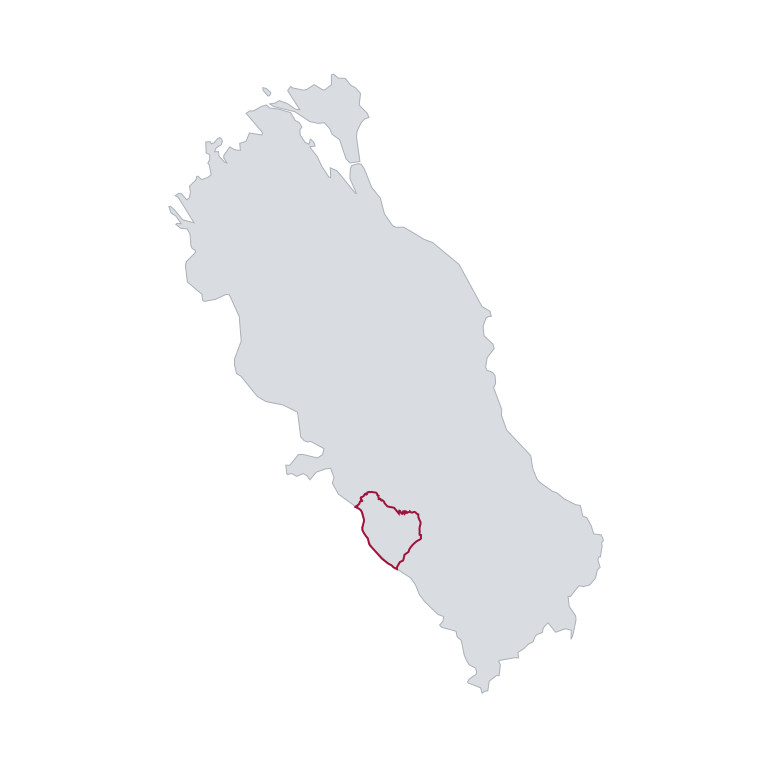 Sanliurfa highlighted on a map of Turkey, rotated 59°
{"feature_id": "TUR-3017", "entity_name": "Sanliurfa", "entity_type": "Province", "adm_level": 1, "iso_a3": "TUR", "parent_name": "Turkey", "parent_adm1": "", "projection": "natural_earth1", "projection_center": [38.713, 37.351], "detail": "medium", "context": "in_parent", "style": "outline", "palette": "rose", "viewbox_px": 768, "rotation_deg": 59, "n_neighbors": 0, "source": "natural_earth", "source_scale": "10m", "svg_char_len": 5586}
<svg xmlns="http://www.w3.org/2000/svg" viewBox="0 0 768 768"><g transform="rotate(59 384 384)"><path d="M589.2,278.2L599.5,281.7L602.8,279.1L612.2,279.4L620.5,281.4L625.1,275.6L631.0,276.3L632.1,279.2L635.0,280.3L643.7,287.6L642.8,288.6L644.9,291.3L652.4,293.1L653.2,296.8L659.1,302.4L662.2,311.1L660.5,317.1L657.4,320.9L662.2,333.9L660.8,335.6L670.0,339.8L681.4,339.1L685.1,340.9L696.3,351.2L699.2,355.2L691.5,350.3L687.2,354.5L685.2,364.7L673.2,366.5L675.1,373.1L678.5,376.1L677.5,382.4L678.4,384.8L681.8,388.9L681.4,394.5L682.9,400.4L683.0,407.5L688.1,409.7L685.9,413.0L680.5,427.3L680.9,428.5L684.7,428.9L693.3,435.5L691.8,437.7L692.9,446.9L700.4,453.0L699.3,456.0L699.6,459.1L694.2,457.7L683.5,465.9L682.3,465.7L680.8,462.9L680.3,454.6L677.7,452.5L674.3,452.0L668.5,455.7L663.1,455.6L657.8,454.9L643.6,449.8L638.4,451.5L633.0,449.6L622.5,459.7L619.3,460.5L617.7,455.5L614.0,452.7L609.2,456.5L591.1,461.3L582.7,462.1L572.5,460.5L564.1,461.0L541.1,472.2L519.1,478.2L499.3,477.7L488.6,470.7L480.1,469.1L454.9,479.8L442.5,479.4L438.3,475.0L428.9,473.2L426.8,477.4L424.7,487.5L428.0,496.8L422.6,497.4L419.2,499.4L418.2,506.4L413.3,509.1L411.7,513.4L410.8,513.5L403.0,510.0L405.1,506.6L400.4,493.7L402.8,489.6L413.1,479.2L412.9,473.0L408.5,468.7L395.5,476.4L394.3,479.4L391.3,481.7L386.5,482.6L363.6,472.6L349.9,481.4L338.2,494.3L329.4,499.0L303.7,502.6L299.2,505.0L290.5,502.3L285.3,498.9L273.7,484.3L251.5,473.3L227.9,470.6L225.8,473.4L224.7,484.7L220.7,495.3L218.7,496.4L213.5,493.8L195.2,500.0L179.8,493.0L177.2,490.0L174.1,477.7L171.8,476.8L169.3,478.6L166.6,478.5L155.7,473.1L149.7,472.8L145.9,478.0L139.9,480.2L139.8,478.7L142.2,475.3L132.8,475.9L127.8,478.5L121.1,477.0L121.6,475.5L127.1,473.9L139.7,472.0L147.9,463.8L118.1,464.2L115.1,466.0L114.8,461.7L116.6,459.7L124.5,458.2L124.1,454.7L119.5,450.9L114.3,448.9L112.2,440.0L109.7,437.7L110.0,436.5L115.0,434.9L116.2,428.4L115.6,424.4L106.2,420.9L104.0,421.3L101.8,417.8L97.7,415.3L94.3,417.4L84.8,412.1L86.7,408.2L89.2,408.3L89.7,405.3L88.0,400.3L88.3,397.7L90.5,397.0L92.8,397.5L95.1,400.5L95.2,406.2L97.7,409.6L99.6,406.2L103.9,408.1L111.9,406.3L113.5,404.8L107.7,405.0L105.6,403.6L101.3,394.1L106.2,391.4L109.8,386.8L103.4,383.7L104.9,377.3L99.5,370.0L107.5,360.7L107.2,359.4L104.8,358.8L81.0,362.8L80.8,358.6L82.7,355.0L83.0,346.0L84.2,341.2L88.6,339.7L94.3,332.6L103.3,324.2L112.3,324.4L116.0,322.1L121.4,322.0L122.8,325.2L127.4,327.6L135.8,327.2L139.8,325.0L136.1,320.9L140.9,319.6L144.6,320.6L142.5,325.1L143.6,325.5L154.4,324.1L165.6,325.2L178.0,324.7L179.6,323.3L171.0,318.7L176.7,314.7L179.9,314.0L206.0,310.3L206.2,309.4L190.3,307.4L182.3,302.1L180.1,299.2L182.0,292.2L183.8,290.4L189.5,290.1L209.0,293.3L223.0,291.4L238.2,296.0L252.8,295.1L255.9,293.0L259.7,286.3L280.6,275.2L287.9,269.4L320.1,258.1L368.0,260.1L376.4,255.7L381.3,257.2L379.9,260.1L380.1,262.8L385.8,269.5L394.3,273.4L406.1,270.1L410.4,271.4L414.5,281.9L421.9,288.2L425.3,288.7L429.8,285.0L434.1,284.5L441.1,288.1L443.5,291.9L466.5,296.2L471.2,299.4L486.6,302.6L521.0,295.1L533.5,300.2L544.0,301.8L548.5,301.1L562.3,295.1L566.7,291.7L575.3,288.7L586.1,282.0L589.2,278.2ZM147.8,259.6L146.8,264.3L148.6,269.5L153.2,276.6L157.9,280.3L180.8,290.0L177.2,299.2L171.4,300.6L151.6,296.2L143.3,299.9L137.5,299.0L129.3,300.6L126.8,306.1L120.9,312.4L104.6,320.2L89.4,335.7L85.1,337.7L87.2,332.4L87.2,327.8L93.8,322.4L103.0,318.3L105.5,314.9L82.9,315.5L80.9,310.8L83.2,309.8L90.9,301.4L91.8,298.0L91.4,289.7L100.5,284.9L101.4,282.9L100.3,274.7L92.0,270.0L92.3,267.7L98.4,265.5L102.1,259.8L110.9,258.6L115.2,255.9L122.9,254.5L132.1,261.6L143.4,258.9L147.8,259.6ZM77.5,335.1L69.9,336.4L67.6,335.2L70.1,332.7L76.0,330.9L77.8,333.4L77.5,335.1Z" fill="#d9dde1" stroke="#a8b0b8" stroke-width="1"/><path d="M532.7,475.7L515.2,479.1L513.4,479.1L508.2,477.4L506.5,477.5L505.7,477.8L500.3,478.0L497.9,477.7L495.9,476.6L491.4,471.9L489.8,471.0L483.4,469.1L481.2,468.8L480.1,468.9L477.8,469.8L474.6,471.9L474.4,470.9L474.4,470.4L475.1,470.0L474.9,469.6L474.4,469.0L474.2,468.2L474.1,467.1L474.0,466.8L473.1,466.0L472.6,465.4L472.5,465.1L472.5,464.4L473.0,463.4L473.0,462.9L472.7,462.7L471.2,463.3L470.2,462.5L469.8,462.7L469.4,462.3L469.3,461.8L469.6,460.6L469.6,459.2L468.5,457.3L468.4,456.6L468.6,455.9L468.8,455.6L469.1,455.7L469.3,456.2L469.6,456.2L469.6,455.3L469.3,454.7L468.4,453.9L468.8,452.4L469.0,452.0L469.7,451.5L470.0,450.5L470.3,449.9L471.4,448.8L472.9,446.9L473.4,446.6L475.1,446.5L475.6,446.9L476.0,446.9L476.9,446.2L477.4,446.7L478.0,447.0L479.5,447.4L479.6,447.5L479.7,447.8L480.0,447.9L480.3,447.4L480.4,446.4L480.7,446.2L482.1,446.4L482.6,446.2L482.8,445.2L485.1,444.5L486.2,444.9L490.3,444.2L491.0,443.8L493.0,441.7L493.4,441.0L493.7,440.8L495.3,439.1L502.7,438.0L501.1,436.8L500.5,436.1L501.1,435.7L501.6,436.2L502.1,436.3L502.6,436.0L503.2,435.4L503.8,435.7L504.0,435.7L504.5,435.4L503.4,434.3L503.8,433.8L505.9,433.4L505.5,432.9L505.6,431.8L505.2,431.4L504.8,431.5L503.9,432.2L503.4,432.3L503.7,431.6L504.1,431.1L504.5,430.8L505.0,430.6L506.1,430.9L506.4,430.6L506.4,430.2L506.1,429.7L506.7,428.6L506.7,428.1L506.4,427.4L508.0,426.9L508.4,426.6L508.8,426.0L509.1,424.0L509.5,423.6L510.1,423.2L512.1,422.7L513.4,421.8L516.0,423.2L518.7,423.6L520.7,423.7L522.5,424.5L524.5,426.6L526.7,428.4L528.8,429.3L530.1,430.4L531.7,431.1L532.4,430.1L533.3,430.5L534.2,431.3L535.3,431.7L535.8,432.8L535.6,437.2L536.6,442.2L537.8,445.5L538.9,447.7L540.5,449.4L540.9,454.3L544.7,458.0L545.1,458.8L544.8,462.1L547.8,467.4L549.3,468.2L546.9,469.8L545.7,470.4L544.4,470.6L543.2,471.0L539.9,473.0L532.7,475.7Z" fill="none" stroke="#9f1239" stroke-width="2"/></g></svg>